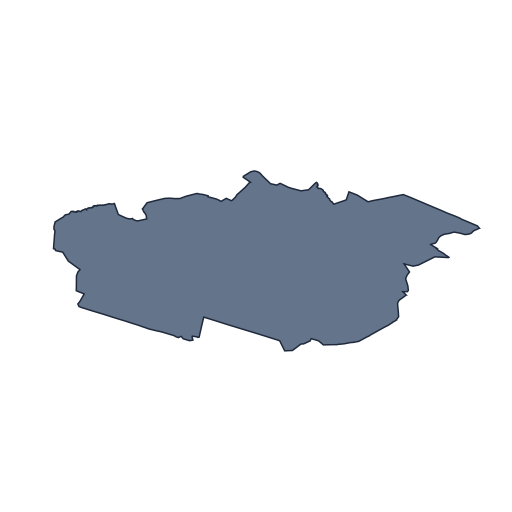 Strazdes pag., Talsi, Latvia (Equal Earth projection), rotated 200°
{"feature_id": "27541924B84613839028203", "entity_name": "Strazdes pag.", "entity_type": "district", "adm_level": 2, "iso_a3": "LVA", "parent_name": "Latvia", "parent_adm1": "Talsi", "projection": "equal_earth", "projection_center": [22.759, 57.138], "detail": "fine", "context": "isolated", "style": "filled", "palette": "slate", "viewbox_px": 512, "rotation_deg": 200, "n_neighbors": 0, "source": "geoboundaries", "source_scale": "gbopen_adm2", "svg_char_len": 5939}
<svg xmlns="http://www.w3.org/2000/svg" viewBox="0 0 512 512"><g transform="rotate(200 256 256)"><path d="M257.6,332.5L258.0,332.5L258.2,332.4L258.4,332.3L258.8,332.0L259.3,331.3L259.5,331.1L259.6,330.9L260.6,329.8L266.9,328.9L267.2,328.9L267.3,329.0L277.6,333.6L277.8,333.6L278.1,333.9L278.8,334.3L279.8,334.8L281.2,335.5L284.3,335.7L286.8,335.3L289.8,333.3L295.1,326.6L295.0,325.6L286.4,323.4L287.3,322.6L287.4,322.4L289.6,316.9L290.0,316.1L291.0,314.3L292.3,311.8L293.6,309.4L294.9,307.1L295.4,304.4L297.5,300.1L297.7,299.8L298.0,299.6L298.6,299.6L299.5,299.7L303.7,300.0L307.5,295.4L309.9,295.8L312.8,296.0L314.0,295.9L321.0,295.3L321.5,295.3L321.6,296.2L327.5,295.6L330.1,294.9L332.2,294.7L333.0,294.5L342.1,288.3L343.6,287.0L344.1,286.6L347.3,283.9L349.5,283.1L351.1,282.5L352.0,282.1L353.0,281.9L354.2,281.6L355.8,281.1L357.5,280.6L361.9,278.7L363.0,277.9L366.4,275.7L376.6,268.8L378.7,261.5L378.8,261.4L376.3,258.9L376.1,259.0L373.3,256.9L371.4,253.5L373.2,252.3L379.0,248.6L380.8,248.2L382.9,248.3L383.9,248.5L385.1,249.0L385.6,248.5L387.3,247.7L389.5,247.3L391.2,247.2L391.3,247.2L396.4,247.6L399.4,247.9L399.6,248.0L404.8,254.2L406.8,256.7L407.2,256.9L408.0,256.2L409.2,255.4L409.9,255.4L410.1,255.2L410.6,255.1L411.4,255.1L412.3,254.7L412.5,254.4L414.5,253.1L414.6,252.9L414.8,252.8L414.8,252.7L415.1,252.7L415.6,252.3L415.8,252.3L416.4,251.6L416.7,251.6L416.8,251.5L417.2,251.6L418.1,251.1L418.2,250.9L418.9,250.8L419.1,250.8L419.6,250.6L419.4,250.5L419.9,250.3L420.6,250.1L420.9,250.0L421.0,249.9L421.7,249.7L421.8,249.5L422.1,249.5L422.1,249.3L422.6,249.1L422.6,248.5L423.0,248.4L423.5,248.5L423.8,248.3L424.0,248.4L424.4,248.3L424.6,248.0L424.9,248.0L425.0,247.8L425.5,247.7L425.9,247.3L426.0,247.1L425.5,247.0L425.9,246.5L425.9,246.2L426.1,245.7L426.5,245.6L426.9,245.1L427.4,245.0L427.6,245.1L428.0,244.5L428.3,244.5L428.7,244.3L428.9,244.4L429.5,243.9L430.1,243.8L430.3,243.4L430.2,243.1L431.2,242.1L431.1,241.6L432.0,242.1L432.2,241.8L432.8,241.6L433.3,240.9L433.8,240.3L434.3,240.2L434.9,239.5L435.4,238.9L435.5,238.6L435.7,237.9L436.3,237.9L436.5,237.6L437.9,237.8L438.2,237.6L438.6,237.0L439.2,237.1L439.3,236.2L439.8,236.3L439.8,235.8L440.7,235.8L440.9,235.4L442.0,235.2L442.4,235.5L442.6,235.1L443.0,235.0L443.4,235.3L444.9,234.7L446.1,231.4L449.4,229.3L450.6,226.5L451.1,225.9L452.5,224.3L453.4,223.1L455.0,221.1L456.4,219.3L455.9,214.4L454.9,211.9L454.0,211.5L453.2,209.9L452.4,206.2L452.2,205.8L448.8,193.6L447.0,193.7L446.3,192.6L443.8,192.8L438.9,193.5L430.6,187.0L416.7,183.0L417.9,180.1L417.9,175.8L417.1,173.6L416.2,171.1L413.0,161.9L404.5,161.6L405.9,153.3L407.0,150.0L405.1,148.0L402.3,147.9L391.4,148.4L379.2,149.1L366.7,149.6L355.9,150.2L355.4,150.2L354.9,150.2L349.5,150.4L343.4,150.7L341.0,150.7L338.6,150.7L336.3,150.8L334.4,150.8L332.7,150.8L330.6,150.9L327.7,151.3L325.3,151.5L323.0,151.8L320.3,152.2L317.1,152.5L313.5,152.7L308.4,153.0L307.1,153.1L305.6,153.1L304.9,153.0L303.5,152.7L303.2,152.7L301.0,152.8L298.9,154.9L296.0,153.3L289.4,153.7L286.5,155.4L288.3,157.9L288.4,158.9L283.5,159.9L282.8,159.6L281.7,160.3L283.0,170.4L284.2,180.7L271.6,181.3L259.4,181.8L244.3,182.6L225.7,183.6L224.9,183.6L219.2,183.9L213.9,184.1L212.1,184.2L204.8,184.5L196.6,176.7L189.4,179.7L183.6,188.7L181.2,189.7L176.1,194.7L175.9,197.2L171.5,197.5L168.3,197.7L164.1,196.2L162.3,195.5L154.2,198.7L150.0,200.2L148.5,201.1L143.0,203.7L137.7,206.9L135.2,208.0L131.8,210.0L130.3,210.9L129.3,212.0L123.8,218.2L122.2,219.7L121.4,221.0L120.7,221.8L110.9,233.1L108.4,235.7L105.0,240.1L105.1,240.4L103.9,241.6L102.5,243.4L102.1,243.9L102.3,244.0L101.2,247.7L101.6,248.6L102.8,251.4L106.7,259.7L106.7,262.1L106.0,264.0L105.7,264.4L103.9,267.0L101.7,270.4L102.0,270.7L101.7,270.8L105.8,272.7L101.5,274.3L101.1,275.8L103.1,279.9L107.6,285.8L107.5,289.4L106.3,293.5L114.1,299.2L104.9,300.2L100.2,303.1L87.6,316.4L74.7,320.3L74.2,320.7L74.3,320.8L76.2,321.3L78.1,321.7L80.4,322.5L85.2,323.4L86.2,323.5L89.7,325.0L89.2,325.2L95.3,326.4L95.8,326.6L94.1,328.0L93.8,328.1L93.1,328.6L92.4,329.0L91.9,329.5L91.6,330.0L91.3,330.8L91.0,332.2L90.8,333.2L90.7,334.5L90.6,335.2L90.3,336.2L89.8,337.2L89.2,338.2L88.6,338.8L87.4,340.0L86.2,341.0L85.5,341.4L85.5,341.5L83.8,342.3L82.6,343.0L82.2,343.3L81.9,343.4L79.1,345.5L78.4,346.0L77.6,346.3L77.1,346.4L73.0,347.1L71.4,347.3L69.9,347.4L68.5,347.5L67.4,347.6L66.8,347.7L66.0,348.0L65.2,348.5L64.5,348.9L63.6,349.4L63.4,349.4L63.1,349.7L62.3,350.3L61.9,350.7L61.6,351.1L61.3,351.5L61.1,351.9L60.6,353.2L60.1,354.0L59.7,354.5L59.0,355.2L57.2,356.9L56.2,357.9L55.8,358.4L55.6,358.5L55.8,358.6L57.4,359.5L58.4,360.1L60.0,360.1L71.3,360.7L75.7,360.9L77.0,361.3L83.1,361.6L90.0,361.7L92.2,361.8L98.0,362.2L104.6,362.5L110.5,362.8L119.8,363.3L124.1,363.5L129.3,363.8L138.6,364.1L141.9,362.1L144.8,360.3L146.1,359.5L146.6,359.2L152.1,355.9L155.0,354.0L158.7,351.8L164.7,348.3L167.1,346.7L169.3,345.3L181.7,347.9L190.6,348.1L190.4,339.6L192.9,337.5L199.4,332.3L200.5,331.3L202.1,332.1L202.4,332.5L202.8,332.8L203.5,332.8L204.2,333.1L205.1,333.4L205.5,333.6L205.9,334.1L206.4,334.8L206.6,334.9L207.3,335.0L208.3,335.6L209.4,336.0L209.8,336.2L209.9,336.3L209.7,336.8L209.4,336.9L209.4,337.1L209.6,337.3L209.9,337.4L210.2,337.7L210.4,337.8L210.6,337.9L211.0,338.0L211.5,337.8L211.8,337.9L212.1,338.1L212.1,338.4L212.1,338.7L212.1,338.8L212.3,339.1L212.9,339.3L213.1,339.5L213.6,339.6L213.9,339.5L214.3,339.5L214.7,339.8L215.0,340.0L215.1,340.4L215.2,340.6L215.6,340.9L216.6,341.2L217.7,341.4L218.5,341.5L219.4,341.3L220.0,341.0L220.3,340.8L220.8,340.8L221.0,341.2L221.1,341.3L221.4,341.4L222.0,341.4L222.1,341.6L222.4,341.9L222.5,342.3L222.2,342.7L222.0,342.8L221.9,343.0L222.1,343.1L222.2,343.3L222.1,343.5L222.4,343.7L222.4,343.9L222.2,344.1L222.4,344.2L222.6,344.2L222.8,344.4L222.8,345.0L223.1,345.4L224.1,345.8L224.5,345.8L225.5,344.1L227.8,339.2L229.3,336.2L235.3,333.0L235.8,332.7L236.4,332.6L246.4,331.7L248.8,331.6L257.6,332.5Z" fill="#64748b" stroke="#1e293b" stroke-width="1.5"/></g></svg>